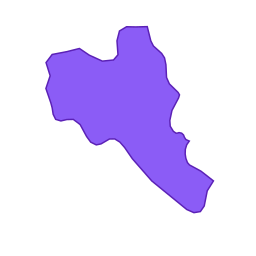 map outline of Noumbiel (Albers equal-area conic projection), rotated 346°
{"feature_id": "BFA-5989", "entity_name": "Noumbiel", "entity_type": "Province", "adm_level": 1, "iso_a3": "BFA", "parent_name": "Burkina Faso", "parent_adm1": "", "projection": "albers", "projection_center": [-2.901, 9.751], "detail": "fine", "context": "isolated", "style": "filled", "palette": "violet", "viewbox_px": 256, "rotation_deg": 346, "n_neighbors": 0, "source": "natural_earth", "source_scale": "10m", "svg_char_len": 968}
<svg xmlns="http://www.w3.org/2000/svg" viewBox="0 0 256 256"><g transform="rotate(346 128 128)"><path d="M98.0,136.9L93.1,136.7L88.4,132.7L85.8,126.3L82.4,113.1L77.0,106.4L70.7,105.0L64.6,104.9L59.9,102.1L58.7,96.6L59.3,90.1L59.2,84.8L57.9,69.8L65.1,58.5L64.3,44.7L72.2,38.3L86.6,39.1L100.1,39.1L108.1,48.0L119.3,56.9L130.4,58.5L136.0,54.5L138.4,40.7L143.2,31.8L151.1,29.4L159.9,31.8L171.2,34.3L171.2,49.0L172.5,54.6L178.7,63.8L180.4,68.8L180.1,75.8L177.6,88.3L178.8,95.2L185.2,105.6L186.0,108.3L184.3,111.1L174.9,121.6L170.4,130.8L169.4,136.5L171.2,142.2L173.4,144.7L174.9,144.9L176.4,144.8L178.8,146.0L180.2,148.2L180.5,150.7L181.4,153.2L183.4,154.8L184.3,155.5L180.9,158.5L178.5,162.5L177.2,167.0L176.8,171.4L177.3,175.9L178.7,178.7L188.4,187.6L198.1,200.0L189.7,208.1L183.1,222.1L178.0,226.6L171.5,226.1L165.3,221.3L138.3,185.2L124.8,158.9L120.0,146.1L116.7,139.7L112.5,135.4L107.3,134.2L98.0,136.9Z" fill="#8b5cf6" stroke="#5b21b6" stroke-width="1.5"/></g></svg>